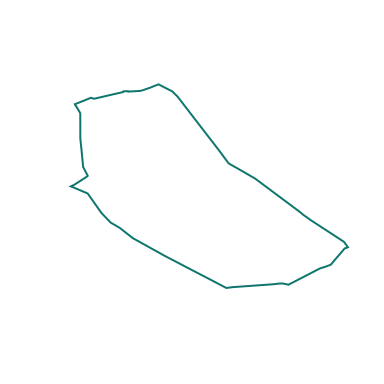 outline of Magdalena Yodocono de Porfirio Díaz, Oaxaca, Mexico, rotated 235°
{"feature_id": "50627088B61785293136981", "entity_name": "Magdalena Yodocono de Porfirio Díaz", "entity_type": "district", "adm_level": 2, "iso_a3": "MEX", "parent_name": "Mexico", "parent_adm1": "Oaxaca", "projection": "natural_earth1", "projection_center": [-97.387, 17.378], "detail": "fine", "context": "isolated", "style": "outline", "palette": "teal", "viewbox_px": 384, "rotation_deg": 235, "n_neighbors": 0, "source": "geoboundaries", "source_scale": "gbopen_adm2", "svg_char_len": 1101}
<svg xmlns="http://www.w3.org/2000/svg" viewBox="0 0 384 384"><g transform="rotate(235 192 192)"><path d="M266.1,96.0L250.6,105.7L226.5,105.8L213.4,107.9L204.1,112.2L188.0,117.1L154.4,133.5L93.7,165.1L90.7,170.8L69.9,205.5L67.1,210.7L65.4,213.4L64.0,214.8L62.7,216.1L60.7,217.8L60.6,218.9L56.6,248.6L56.2,251.4L55.8,253.7L55.3,255.2L54.3,258.2L54.2,258.8L52.9,263.6L53.0,264.8L54.2,269.0L56.2,277.0L58.2,284.6L57.3,288.0L64.0,287.9L100.9,273.1L110.2,269.8L111.7,269.5L115.6,268.3L166.8,251.4L190.3,240.4L192.5,239.3L194.7,238.4L210.3,238.0L249.4,236.2L278.4,234.9L279.5,234.7L285.8,233.5L299.4,226.3L300.0,223.8L301.5,217.4L302.5,213.9L303.4,210.7L304.1,208.6L304.7,207.3L304.7,207.2L310.8,197.4L311.2,197.5L311.4,197.2L313.1,194.7L313.8,193.5L313.6,193.2L313.4,192.8L316.8,184.5L323.6,167.6L323.8,167.1L324.6,165.2L327.1,163.3L331.1,146.4L330.7,146.2L329.3,146.3L327.3,146.2L320.7,145.7L310.6,138.7L302.6,133.1L300.5,131.6L299.5,131.0L290.2,125.8L289.6,125.5L275.0,117.2L266.0,116.0L265.1,115.9L264.9,115.6L264.9,113.8L265.5,99.1L266.1,96.0Z" fill="none" stroke="#0f766e" stroke-width="2"/></g></svg>